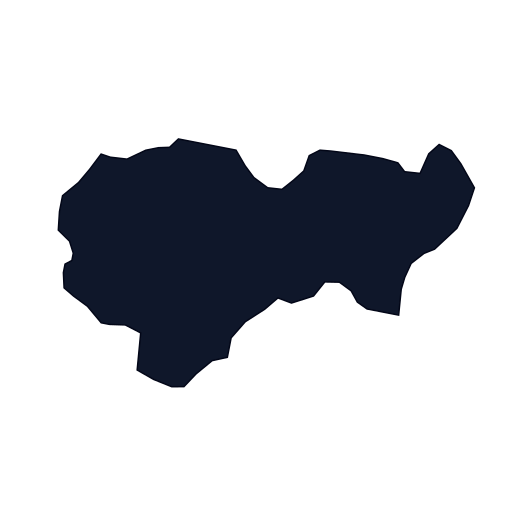 outline of Sejong-si, North Chungcheong, South Korea, rotated 101°
{"feature_id": "91817680B40148089014896", "entity_name": "Sejong-si", "entity_type": "district", "adm_level": 2, "iso_a3": "KOR", "parent_name": "South Korea", "parent_adm1": "North Chungcheong", "projection": "robinson", "projection_center": [127.26, 36.564], "detail": "fine", "context": "isolated", "style": "filled", "palette": "ink", "viewbox_px": 512, "rotation_deg": 101, "n_neighbors": 0, "source": "geoboundaries", "source_scale": "gbopen_adm2", "svg_char_len": 1075}
<svg xmlns="http://www.w3.org/2000/svg" viewBox="0 0 512 512"><g transform="rotate(101 256 256)"><path d="M286.8,104.7L260.9,107.1L248.5,105.9L233.7,102.3L221.4,91.6L215.2,82.0L190.5,64.1L165.9,57.0L147.4,54.6L126.4,72.5L115.3,84.4L111.6,97.5L122.7,105.9L143.6,110.7L144.9,126.2L137.5,134.5L136.2,150.1L136.2,169.2L136.6,174.1L138.7,202.6L139.9,213.4L147.3,222.9L163.4,225.3L174.5,233.7L185.6,243.2L186.8,257.6L179.4,273.1L169.5,283.9L155.9,295.8L155.9,315.0L155.9,340.1L155.9,354.5L165.8,361.6L168.3,372.4L173.2,384.4L185.5,401.1L186.8,417.9L185.5,427.5L202.8,435.9L217.7,444.2L233.7,457.4L249.8,457.4L268.3,455.0L277.0,441.9L288.1,435.9L295.5,435.9L300.4,441.9L309.1,441.9L323.9,438.3L330.1,427.5L337.5,411.9L351.1,395.2L351.1,386.8L348.6,371.2L353.5,354.5L365.9,353.3L390.6,350.9L396.7,332.9L400.4,313.8L398.0,301.8L383.1,292.3L367.1,279.1L360.9,264.8L341.1,264.8L322.6,254.0L306.6,237.3L293.0,226.5L295.4,212.2L284.3,191.9L268.3,183.5L265.8,169.2L272.0,156.0L281.9,147.7L286.8,136.9L286.8,115.4L286.8,104.7Z" fill="#0f172a" stroke="#020617" stroke-width="1.5"/></g></svg>